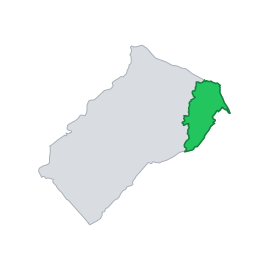 Ghana, with Western highlighted, rotated 229°
{"feature_id": "GHA-2162", "entity_name": "Western", "entity_type": "Region", "adm_level": 1, "iso_a3": "GHA", "parent_name": "Ghana", "parent_adm1": "", "projection": "robinson", "projection_center": [-2.27, 5.896], "detail": "fine", "context": "in_parent", "style": "filled", "palette": "green", "viewbox_px": 256, "rotation_deg": 229, "n_neighbors": 0, "source": "natural_earth", "source_scale": "10m", "svg_char_len": 6724}
<svg xmlns="http://www.w3.org/2000/svg" viewBox="0 0 256 256"><g transform="rotate(229 128 128)"><path d="M153.7,32.0L155.4,33.8L155.8,34.9L155.2,38.8L153.9,41.6L153.1,44.2L153.2,45.5L154.0,46.7L156.6,48.8L157.9,50.1L159.5,52.1L161.3,54.0L164.4,56.6L165.7,57.0L165.7,57.7L165.3,58.7L165.0,68.1L164.8,70.6L164.5,71.8L164.2,75.3L163.9,75.9L163.3,75.8L162.8,75.9L162.7,76.6L162.9,77.4L164.7,77.9L164.3,78.4L163.0,78.9L162.3,80.0L162.6,81.2L161.8,82.1L162.1,82.8L162.6,83.3L163.3,83.1L165.5,81.5L166.4,81.3L167.6,81.6L169.6,84.1L169.7,85.3L168.9,89.5L168.1,92.7L167.9,97.0L168.8,99.4L168.7,100.7L167.7,101.9L165.6,103.5L165.8,104.6L166.7,106.7L168.6,109.1L172.1,112.0L174.0,115.8L174.0,117.3L172.9,118.9L171.7,120.2L171.3,122.1L171.8,134.8L169.0,140.3L169.0,141.9L169.3,143.7L170.1,144.8L171.5,145.1L172.7,146.2L172.3,150.0L171.6,154.0L171.5,155.9L171.2,156.8L170.1,157.5L169.7,158.7L170.0,160.3L169.8,161.4L170.4,162.9L171.6,164.7L173.7,169.2L174.5,169.6L174.9,170.6L174.6,171.5L175.4,173.5L177.7,175.5L180.1,177.3L182.1,177.5L182.5,179.1L183.8,181.1L184.7,181.9L186.2,182.5L187.4,182.8L187.5,184.5L185.3,185.7L183.8,187.4L182.7,190.1L181.2,193.0L175.8,194.5L173.7,194.5L162.7,194.6L152.4,200.3L146.4,202.4L142.8,205.6L137.9,207.9L134.4,210.7L127.3,212.0L115.6,216.4L111.9,218.1L108.2,221.2L102.2,224.8L99.9,224.7L95.1,221.4L91.6,219.7L82.9,217.1L76.4,216.2L73.3,215.1L72.5,214.9L73.2,213.7L75.0,213.6L76.9,214.0L78.3,213.0L80.4,212.9L81.0,212.0L81.2,209.5L81.1,207.6L81.9,206.7L82.1,204.4L81.0,199.4L80.3,198.8L76.5,198.0L76.2,197.0L75.6,196.0L74.8,193.4L74.0,189.5L72.7,184.6L70.2,176.7L69.5,173.8L69.1,171.0L69.0,167.5L69.5,166.3L69.5,164.5L69.2,162.7L71.0,158.7L74.5,153.7L75.3,151.9L75.9,150.7L76.0,148.9L76.6,143.1L78.3,136.1L79.4,133.5L80.1,132.0L80.9,129.7L81.2,128.6L84.4,125.9L85.9,125.1L86.2,124.0L85.7,122.9L85.9,122.1L86.7,121.7L87.9,121.3L88.7,120.2L87.4,111.6L86.3,103.0L86.2,102.3L85.6,101.1L84.9,97.5L83.8,95.4L82.3,94.8L82.3,92.9L83.9,89.6L84.3,87.6L83.5,87.1L83.4,85.5L83.9,83.1L83.7,81.6L83.4,80.0L81.8,76.2L81.4,73.6L82.2,72.0L82.2,68.6L81.4,63.3L81.2,60.0L81.8,58.6L81.5,57.3L80.4,56.1L80.3,54.9L81.3,53.7L81.1,52.8L79.9,52.1L78.8,50.5L77.8,47.9L78.1,43.8L79.9,36.2L80.1,35.6L82.2,35.6L82.2,35.9L88.7,35.9L96.1,35.8L104.9,35.7L112.9,35.6L113.3,35.3L114.6,34.8L122.7,35.6L127.7,35.2L129.9,35.5L131.5,36.0L135.0,35.7L136.8,35.9L138.2,37.8L138.8,37.7L139.6,36.9L141.0,36.0L142.4,35.3L143.4,33.8L144.1,32.7L145.0,32.9L146.3,32.9L147.2,31.9L147.5,30.5L153.7,32.0Z" fill="#d9dde1" stroke="#a8b0b8" stroke-width="1"/><path d="M70.9,179.6L70.6,179.2L68.5,168.5L68.5,168.0L68.7,167.7L69.2,167.4L69.4,167.2L69.9,165.5L69.8,165.3L69.5,164.5L69.1,164.0L69.0,163.7L69.1,162.6L69.5,161.5L72.6,155.5L72.9,155.2L73.0,155.3L73.2,156.9L73.4,157.6L73.7,158.1L73.8,158.3L74.1,158.6L74.3,158.7L74.4,158.8L74.8,158.8L75.1,158.7L76.1,158.3L76.4,158.2L76.7,158.3L77.1,158.5L77.9,159.0L78.3,159.4L78.6,159.8L79.2,161.1L79.3,161.7L79.7,162.8L79.8,163.0L79.8,163.5L79.9,163.8L79.9,164.0L80.0,164.3L80.0,164.6L79.8,165.2L79.7,165.4L79.7,165.5L79.7,165.8L79.8,166.1L80.0,166.6L80.0,166.9L80.1,167.1L80.1,167.3L80.1,167.5L80.4,167.7L81.1,167.9L81.3,168.0L82.4,168.9L82.5,169.0L82.8,169.1L83.2,169.1L84.2,169.0L84.4,169.0L84.6,169.1L85.0,169.3L85.3,169.6L85.4,170.2L85.5,170.5L85.6,170.8L85.8,170.9L85.9,171.0L86.0,171.1L86.6,171.2L86.9,171.4L87.0,171.5L88.3,174.5L88.6,174.7L89.5,174.8L89.8,174.9L90.1,175.1L90.4,175.3L90.7,175.5L90.9,175.5L90.8,176.2L90.9,176.3L91.0,176.4L91.4,176.4L91.6,176.4L92.0,176.2L92.4,175.8L92.5,175.6L92.6,175.3L92.7,175.0L92.8,174.7L93.1,172.6L93.2,172.3L93.3,172.0L93.4,171.8L93.6,171.7L93.9,171.8L94.1,171.9L95.0,172.5L95.3,172.5L95.9,172.3L96.1,172.3L96.3,172.3L96.5,172.4L96.5,172.5L96.6,172.9L96.6,173.1L96.1,174.8L96.1,175.2L96.1,175.3L96.1,175.5L96.4,175.8L98.4,176.3L98.5,176.3L98.7,176.5L98.9,176.9L99.0,177.1L99.1,177.5L99.2,177.9L99.4,178.1L99.6,178.2L99.8,178.2L100.4,178.2L100.2,178.6L100.1,178.9L99.6,179.4L99.3,179.7L98.6,180.0L98.1,180.3L97.9,180.5L97.7,180.8L97.7,181.2L97.7,181.5L97.7,181.9L97.7,182.1L97.8,182.4L98.0,182.7L98.1,182.9L98.9,183.5L99.3,183.7L99.6,183.8L100.3,184.0L100.5,184.2L100.7,184.5L100.8,184.7L101.1,185.5L101.3,185.7L101.4,185.8L102.3,186.2L102.7,186.4L102.8,186.5L103.4,187.2L104.6,189.2L104.7,189.3L104.8,189.4L105.2,189.8L105.4,189.9L105.5,190.0L106.1,190.1L106.3,190.2L106.4,190.3L106.6,190.6L107.0,191.2L107.1,191.5L107.2,191.8L107.1,192.5L107.0,192.9L107.1,193.3L107.1,193.5L107.6,193.8L107.8,193.9L107.8,194.1L107.8,194.3L107.7,194.4L107.6,194.6L107.4,194.8L107.4,195.0L107.4,195.8L107.3,196.1L107.2,196.8L107.0,197.3L107.0,197.5L107.0,197.9L107.1,198.5L107.3,198.9L107.5,198.9L108.5,198.5L108.8,198.4L109.1,198.4L109.3,198.4L109.6,198.5L110.0,198.8L110.3,198.9L110.4,199.0L111.1,199.0L111.4,199.1L111.7,199.2L111.9,199.3L112.4,199.6L112.8,199.9L113.1,200.4L113.4,200.8L113.4,201.1L113.2,201.4L113.2,201.6L112.9,201.7L112.7,201.9L112.7,202.0L112.6,202.3L112.5,202.7L112.5,202.8L112.5,203.0L112.6,203.4L112.8,203.9L113.2,204.5L113.3,204.6L113.5,204.8L113.8,204.9L114.0,205.0L114.3,205.4L114.5,205.6L114.6,205.8L114.7,206.4L114.8,206.7L114.9,206.8L115.3,207.3L116.1,208.2L117.2,209.0L117.4,209.2L117.7,209.5L117.8,209.7L117.7,209.9L117.7,210.0L116.9,210.7L116.5,211.2L116.4,211.3L116.2,211.4L116.1,211.5L115.8,211.5L115.4,211.5L115.0,211.7L114.9,211.7L114.8,211.8L114.7,211.9L114.6,212.0L114.4,212.2L113.9,213.3L113.8,213.6L113.7,213.9L113.6,214.7L113.6,215.0L113.8,217.0L113.4,216.8L112.9,216.7L112.5,216.9L112.1,217.2L112.1,217.4L112.3,217.9L112.2,218.1L112.1,218.3L111.9,218.4L110.1,219.5L109.8,219.8L109.0,220.7L109.0,220.9L109.0,221.1L109.0,221.3L108.8,221.3L108.5,221.4L106.7,222.0L104.6,223.0L104.2,223.4L103.5,224.5L103.1,224.9L102.8,225.1L100.9,225.3L100.6,225.5L99.8,225.5L99.7,225.5L99.5,225.3L99.4,225.0L99.4,224.6L99.4,224.4L99.0,224.3L98.8,224.2L98.4,224.1L98.1,224.0L98.1,223.9L97.9,223.6L96.7,222.6L96.2,222.3L95.9,222.1L95.8,221.9L95.8,221.6L95.6,221.4L95.5,221.2L92.7,220.0L88.2,218.9L83.8,217.2L80.3,216.9L76.4,216.2L72.7,214.9L72.3,214.8L72.4,214.3L72.6,214.2L72.9,214.1L73.2,214.1L75.1,214.1L75.7,214.3L75.8,214.5L76.1,215.0L76.3,215.1L76.6,215.0L77.2,214.8L77.5,214.7L77.4,213.9L78.1,213.5L79.1,213.3L79.7,213.0L80.8,213.1L81.4,213.0L81.8,212.7L82.0,212.1L81.9,211.9L81.5,211.6L81.4,211.5L81.4,211.2L81.5,210.5L81.5,210.3L81.4,209.9L81.0,209.3L81.0,208.9L81.1,207.0L82.0,207.2L82.4,207.1L82.7,206.8L82.7,206.2L82.6,205.7L81.9,203.8L81.4,201.6L81.3,200.0L81.2,199.5L81.0,199.1L80.7,198.8L78.8,198.2L78.4,198.4L77.5,199.0L77.0,199.1L76.3,198.7L76.2,197.9L76.5,196.0L74.7,196.2L75.0,192.7L74.9,191.6L74.6,190.5L73.6,188.4L73.2,187.3L72.4,182.3L71.8,180.6L71.0,179.8L70.9,179.6Z" fill="#22c55e" stroke="#15803d" stroke-width="1.5"/></g></svg>